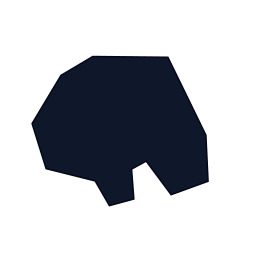 Termez city, Surkhandarya, Uzbekistan, rotated 108°
{"feature_id": "79887680B32786671178541", "entity_name": "Termez city", "entity_type": "district", "adm_level": 2, "iso_a3": "UZB", "parent_name": "Uzbekistan", "parent_adm1": "Surkhandarya", "projection": "orthographic", "projection_center": [67.33, 37.241], "detail": "fine", "context": "isolated", "style": "filled", "palette": "ink", "viewbox_px": 256, "rotation_deg": 108, "n_neighbors": 0, "source": "geoboundaries", "source_scale": "gbopen_adm2", "svg_char_len": 333}
<svg xmlns="http://www.w3.org/2000/svg" viewBox="0 0 256 256"><g transform="rotate(108 128 128)"><path d="M153.9,100.5L178.1,66.4L153.9,35.4L110.7,51.7L48.4,111.9L70.9,183.6L98.6,208.0L153.4,220.6L192.0,193.3L188.5,142.9L207.6,121.7L193.7,100.5L166.0,111.9L153.9,100.5Z" fill="#0f172a" stroke="#020617" stroke-width="1.5"/></g></svg>